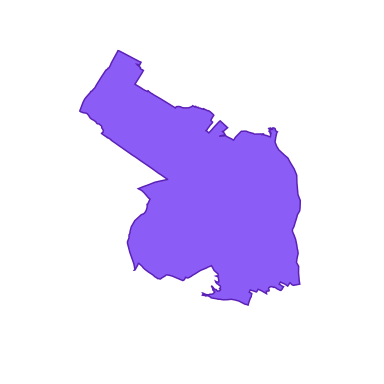 Bucovat, Dolj, Romania (orthographic projection), rotated 30°
{"feature_id": "2599482B36791492645492", "entity_name": "Bucovat", "entity_type": "district", "adm_level": 2, "iso_a3": "ROU", "parent_name": "Romania", "parent_adm1": "Dolj", "projection": "orthographic", "projection_center": [23.683, 44.282], "detail": "fine", "context": "isolated", "style": "filled", "palette": "violet", "viewbox_px": 384, "rotation_deg": 30, "n_neighbors": 0, "source": "geoboundaries", "source_scale": "gbopen_adm2", "svg_char_len": 5998}
<svg xmlns="http://www.w3.org/2000/svg" viewBox="0 0 384 384"><g transform="rotate(30 192 192)"><path d="M181.1,288.5L181.5,288.2L181.6,287.5L181.5,282.2L181.3,280.9L181.2,280.6L181.6,280.4L186.1,281.3L187.3,281.9L189.7,282.5L194.5,283.1L199.2,283.3L202.5,284.0L204.3,283.9L205.4,284.2L206.4,283.7L207.9,283.3L208.2,283.0L208.5,282.4L208.8,281.4L209.3,280.7L209.9,279.4L210.4,278.8L210.8,277.8L211.1,276.8L211.4,276.4L212.4,276.1L213.9,275.5L216.9,274.7L228.3,273.3L228.9,272.6L229.2,271.5L229.2,270.5L229.1,269.4L229.1,269.0L229.3,268.9L230.6,268.9L231.3,268.5L231.8,268.1L233.7,265.0L233.9,264.2L235.5,261.5L238.2,256.3L239.6,254.3L242.3,250.9L243.7,248.6L244.7,247.5L245.6,246.1L247.3,247.0L250.4,248.9L255.6,250.0L256.3,250.9L256.3,251.6L255.8,252.1L255.0,252.6L254.8,252.8L256.3,252.6L257.5,252.6L258.3,254.0L259.9,255.9L260.1,256.3L260.1,256.7L260.0,256.8L259.1,257.1L258.6,257.5L256.9,257.5L257.7,258.2L259.5,258.9L260.5,258.8L261.5,259.1L262.8,259.1L263.5,259.3L263.9,259.6L264.0,260.0L264.4,260.7L264.2,262.0L265.3,262.0L265.5,262.1L265.4,263.7L263.6,265.1L261.7,264.4L261.1,264.8L259.2,264.7L258.3,264.2L257.1,263.7L255.6,263.5L256.8,264.3L257.8,265.0L258.9,265.6L258.7,265.9L258.9,266.4L259.9,266.4L260.5,266.7L261.0,267.3L261.6,267.1L261.7,267.4L261.5,268.4L261.1,269.6L260.9,270.0L260.0,270.8L258.9,271.4L258.3,271.9L258.1,272.5L255.8,273.7L253.7,274.0L252.1,274.1L251.8,274.2L252.5,274.6L252.7,275.2L252.5,276.1L253.3,276.0L254.2,275.3L255.6,275.2L256.1,275.1L256.6,274.4L258.1,273.8L260.0,273.8L260.9,273.7L261.4,274.1L263.7,273.3L266.9,272.1L267.7,272.0L270.1,270.8L271.9,270.2L273.6,269.4L274.9,268.5L276.2,267.8L277.8,266.6L279.8,265.2L283.2,264.0L287.1,263.0L293.4,262.7L294.3,262.6L295.6,262.1L297.1,261.9L296.1,257.8L295.6,254.5L295.7,253.3L295.5,252.7L295.0,251.5L294.8,250.8L294.8,250.3L294.5,250.0L291.7,250.2L291.4,247.7L292.1,247.6L294.0,247.1L297.3,246.5L297.9,246.2L297.9,243.2L301.7,242.8L307.4,242.8L306.0,240.9L308.1,239.2L307.9,238.4L307.7,238.2L306.8,237.8L306.4,236.4L307.3,234.9L308.3,234.1L310.6,233.7L310.8,233.2L311.9,233.1L314.1,233.3L317.2,233.1L318.2,232.8L318.6,230.9L318.7,230.6L318.5,230.2L318.6,228.2L317.6,228.4L313.6,228.2L313.6,225.7L315.3,225.7L318.1,225.3L321.9,225.6L322.2,221.6L325.0,222.3L326.1,222.2L326.7,222.0L331.4,217.9L329.2,215.2L324.8,208.9L321.5,203.0L317.7,200.8L316.0,196.5L314.6,192.1L312.7,189.6L311.7,188.7L309.3,185.6L305.5,181.3L302.3,178.6L298.9,176.1L298.1,174.9L297.7,173.9L297.6,171.0L296.5,166.4L295.7,162.7L294.7,159.0L294.7,154.6L293.7,152.1L290.1,145.3L285.0,141.2L278.0,131.2L274.3,125.1L268.9,120.9L262.5,117.4L258.0,114.6L253.5,113.8L246.1,112.1L242.5,110.1L238.9,107.2L236.9,101.9L235.9,98.6L235.8,97.5L235.9,97.2L233.6,97.1L233.3,96.8L232.8,95.9L232.3,95.6L231.4,95.5L230.0,96.0L229.9,96.2L229.7,97.1L230.1,97.2L230.3,97.4L229.5,97.6L228.9,97.3L228.6,97.3L228.8,97.6L229.6,98.0L229.4,98.1L228.5,97.6L228.1,97.6L227.8,97.9L227.4,97.9L228.6,98.3L228.7,98.5L227.9,98.4L227.1,98.1L226.8,98.3L226.7,98.8L228.1,99.0L228.5,99.2L229.0,100.2L228.8,100.4L228.2,100.7L228.2,100.8L228.3,100.9L229.6,101.3L230.1,101.8L230.1,101.1L230.3,101.1L231.2,101.8L231.3,102.7L231.6,103.6L231.9,103.9L232.2,105.1L231.1,105.4L228.3,105.8L225.8,106.6L225.6,106.5L225.2,106.0L224.9,105.9L224.1,106.4L224.2,107.1L224.0,107.4L223.7,107.4L223.2,107.1L222.4,107.4L221.2,108.2L218.9,109.5L218.6,109.8L217.2,110.6L215.9,110.8L215.5,110.6L214.6,111.1L213.2,111.3L211.6,111.8L210.6,112.0L209.2,112.1L208.2,112.4L205.9,113.7L205.6,114.1L204.5,114.6L204.2,115.2L202.2,123.0L202.2,124.9L202.0,126.4L200.1,126.2L194.5,126.6L193.3,126.4L193.0,126.4L188.3,129.7L188.2,129.4L188.4,129.2L189.4,128.4L191.2,126.8L192.0,125.8L189.8,124.6L188.2,124.4L188.3,124.1L188.8,123.7L189.2,122.9L189.3,122.3L190.7,118.5L180.9,116.3L180.5,116.9L178.9,123.6L177.8,129.1L177.0,132.4L175.2,132.0L173.4,131.9L173.9,130.5L173.9,128.8L174.1,127.8L174.3,125.1L174.8,123.1L175.0,121.3L174.8,121.1L172.7,120.7L172.4,120.5L172.4,117.2L172.5,114.6L170.7,114.0L167.6,113.4L166.1,113.3L165.4,113.4L164.7,113.8L162.5,113.9L161.2,114.3L160.8,114.5L160.8,114.0L160.5,114.0L160.2,114.1L160.1,114.5L159.0,115.1L157.6,115.2L156.5,115.5L155.8,115.9L155.1,115.9L154.8,115.6L154.5,116.0L153.7,116.3L153.1,116.3L152.6,116.0L152.0,116.2L152.0,116.9L150.4,117.0L149.5,116.9L149.3,117.8L148.8,118.4L148.5,119.0L146.7,121.0L143.8,122.7L141.8,123.7L139.4,124.0L137.8,124.5L135.8,125.9L135.7,126.1L135.7,127.5L118.6,127.0L110.1,127.0L108.2,126.8L107.1,126.9L106.1,126.8L104.0,126.5L103.6,126.2L103.2,126.3L103.2,127.2L100.5,127.5L98.2,127.5L95.2,127.3L88.7,127.2L89.2,113.6L89.1,111.0L85.7,111.1L85.4,110.7L85.2,110.0L84.9,109.9L81.5,109.4L80.3,109.0L80.8,108.8L83.2,108.3L83.0,105.1L80.1,105.4L58.5,106.2L57.2,106.6L57.3,107.5L57.6,120.7L57.9,122.5L58.1,125.8L57.9,126.1L57.4,126.6L57.4,127.5L57.3,128.0L56.5,129.5L56.0,138.0L55.7,147.1L55.8,150.3L55.2,152.6L54.9,154.4L54.0,155.7L54.2,156.5L52.9,162.9L52.7,164.3L52.6,165.5L52.8,168.9L54.3,178.0L55.6,178.2L56.8,177.9L58.0,177.8L60.4,176.8L62.1,176.6L64.0,177.3L66.4,178.6L67.5,179.0L69.0,179.1L71.3,179.0L72.7,179.2L73.6,179.3L74.7,179.9L75.4,180.2L76.1,180.2L77.4,179.6L77.8,179.5L78.2,179.6L79.3,179.9L80.0,179.9L80.9,180.3L81.4,180.9L81.6,181.4L81.9,181.7L82.7,182.0L84.4,182.9L84.6,183.3L84.6,183.9L85.1,184.6L84.9,185.3L84.5,186.1L84.3,186.3L83.8,186.5L87.6,186.9L91.4,187.1L91.4,187.3L91.7,187.3L91.8,187.0L94.4,187.1L95.6,187.2L95.9,187.3L96.1,187.6L96.5,187.6L121.3,189.8L125.7,190.0L132.1,190.6L144.0,191.5L153.8,192.5L156.5,192.6L161.0,193.0L164.2,193.2L164.5,193.4L158.2,199.1L154.9,202.2L149.9,208.5L146.9,212.0L143.8,216.0L145.1,216.0L147.4,215.8L148.3,216.0L151.0,216.6L157.4,218.9L159.2,219.1L159.7,225.1L159.3,225.3L160.3,226.7L160.9,228.1L161.5,230.8L161.6,232.4L161.2,234.6L160.7,235.5L160.1,236.1L159.4,237.1L156.8,245.4L156.8,252.4L157.9,256.6L158.9,259.0L158.9,260.6L160.4,263.3L160.8,266.3L161.0,267.4L161.7,268.6L168.4,275.4L177.5,283.2L181.2,287.5L181.1,288.5Z" fill="#8b5cf6" stroke="#5b21b6" stroke-width="1.5"/></g></svg>